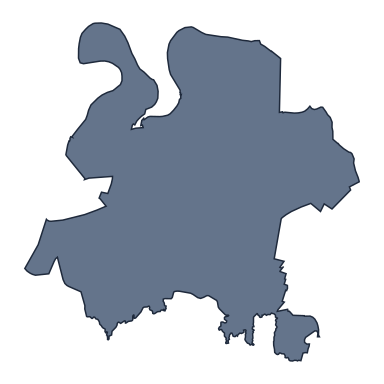 the district of Tlacojalpan, Veracruz, Mexico
{"feature_id": "50627088B3891560925219", "entity_name": "Tlacojalpan", "entity_type": "district", "adm_level": 2, "iso_a3": "MEX", "parent_name": "Mexico", "parent_adm1": "Veracruz", "projection": "natural_earth1", "projection_center": [-95.942, 18.194], "detail": "fine", "context": "isolated", "style": "filled", "palette": "slate", "viewbox_px": 384, "rotation_deg": 0, "n_neighbors": 0, "source": "geoboundaries", "source_scale": "gbopen_adm2", "svg_char_len": 5989}
<svg xmlns="http://www.w3.org/2000/svg" viewBox="0 0 384 384"><path d="M112.0,331.3L115.9,327.3L117.0,325.2L117.3,323.3L118.3,322.2L119.1,322.3L120.7,323.4L124.4,320.9L125.3,321.1L125.4,323.0L125.8,323.1L128.4,321.4L131.7,320.9L132.5,320.2L132.8,319.5L132.7,316.8L133.1,315.4L133.7,315.0L134.0,315.2L133.9,318.0L134.4,318.3L135.6,318.0L140.9,312.0L143.0,307.8L144.1,307.1L147.3,306.9L148.4,306.2L149.3,306.3L149.7,307.4L149.4,308.5L149.9,309.8L152.0,310.7L152.6,311.8L152.8,313.4L153.8,313.8L154.8,313.5L157.5,311.7L160.2,311.5L160.8,310.4L161.4,310.1L162.5,310.0L163.1,310.4L163.8,309.4L164.1,309.5L164.3,310.7L164.9,310.9L166.1,308.3L165.7,307.9L166.1,306.1L165.0,305.8L164.5,305.2L164.3,303.3L163.9,302.2L163.2,301.4L163.3,299.1L164.9,298.6L171.2,298.7L172.3,297.5L173.7,292.2L174.6,291.5L177.0,291.1L179.3,291.2L190.6,293.2L193.0,294.4L197.7,297.6L200.6,298.4L203.7,297.3L206.9,295.6L208.7,295.7L216.6,300.4L217.4,301.8L218.3,307.1L219.3,308.7L225.0,314.5L226.1,315.2L228.2,315.1L228.6,315.6L228.0,316.2L225.1,316.8L224.4,317.7L224.5,319.3L226.7,320.9L226.4,322.3L225.8,322.8L224.6,322.9L222.9,322.0L221.2,322.1L220.9,322.7L220.9,326.0L219.3,327.2L218.6,328.6L218.9,329.6L219.3,330.1L220.8,329.5L221.6,329.6L222.5,331.3L224.5,333.1L224.4,336.0L226.2,338.2L226.0,339.7L226.6,340.8L226.5,341.4L225.8,342.2L225.8,343.2L226.2,343.5L228.5,343.1L228.1,340.7L228.6,339.9L229.4,339.3L228.9,337.7L229.4,336.5L229.5,335.1L231.0,333.1L232.0,333.2L233.2,336.3L234.5,336.6L235.4,336.5L236.4,335.3L237.5,336.1L237.9,334.8L239.9,333.1L241.4,333.5L243.8,332.4L244.0,331.0L243.6,330.2L244.8,329.8L245.6,329.9L246.0,330.6L245.7,331.6L245.9,333.5L245.4,334.3L245.5,337.0L245.0,339.0L245.0,339.7L245.6,340.8L247.4,343.1L249.3,343.8L249.9,344.9L250.5,345.0L251.7,344.2L253.0,345.2L253.6,345.1L253.9,344.5L252.2,342.9L252.1,342.3L252.8,340.6L252.3,339.2L252.9,338.2L252.6,333.6L253.4,332.4L252.9,331.3L254.0,330.4L253.7,329.6L252.5,329.3L252.3,328.7L252.6,326.9L253.9,326.6L253.2,324.2L253.5,322.5L253.5,317.6L253.8,316.8L257.0,313.6L257.4,313.7L258.0,315.1L259.1,315.7L259.6,317.0L260.3,317.4L261.7,317.1L262.1,316.7L262.1,315.2L263.1,315.2L264.4,314.2L265.2,314.3L266.4,315.3L267.9,314.5L270.1,314.6L271.4,313.1L274.2,313.9L275.4,315.1L275.5,317.1L277.4,318.1L277.3,318.6L276.1,319.1L275.6,320.3L275.6,320.8L276.4,321.5L275.6,324.9L276.9,326.7L276.9,327.6L275.9,328.7L275.7,330.5L274.4,332.7L274.7,335.3L274.0,337.2L274.0,340.8L273.6,341.5L273.7,345.3L274.5,349.3L274.7,352.4L276.3,354.0L277.3,354.5L278.5,354.3L279.5,353.0L280.6,353.1L281.8,353.8L283.9,353.8L285.2,355.6L285.1,357.5L286.2,357.9L287.8,357.5L288.5,358.4L289.1,360.1L290.1,360.8L292.6,361.0L294.6,360.3L296.4,360.4L297.5,360.9L298.7,360.3L300.9,360.7L303.0,353.1L305.2,352.6L307.3,352.8L308.1,348.8L309.1,346.2L309.4,344.0L306.8,344.1L304.6,342.4L304.5,339.8L305.6,337.4L314.8,330.9L316.9,331.0L317.9,333.1L317.5,336.8L319.4,336.8L318.5,335.1L318.6,329.7L317.9,325.9L317.0,322.9L314.8,319.1L312.7,317.2L310.1,316.1L304.4,316.2L304.3,315.7L293.0,315.3L289.4,311.3L288.1,311.3L287.6,309.3L277.3,311.4L277.9,309.7L284.3,302.1L282.2,301.3L285.7,290.2L286.6,290.6L287.5,288.3L287.4,285.4L284.2,284.2L285.7,279.3L284.6,278.9L286.1,273.7L280.0,271.5L280.2,270.8L283.6,266.5L282.0,268.2L279.9,267.3L284.0,261.3L274.2,258.8L281.2,218.8L282.1,217.7L286.1,214.7L291.4,211.5L301.4,206.9L310.8,203.4L320.5,211.5L324.2,203.9L332.0,209.0L350.6,190.0L349.4,186.9L359.2,181.8L359.0,180.7L358.1,177.5L355.5,170.9L353.6,163.0L354.1,158.9L352.0,153.8L350.6,152.5L348.8,152.1L343.5,148.6L339.3,145.0L338.2,143.5L337.9,143.6L332.9,139.3L332.8,131.3L332.0,127.4L332.1,122.2L330.2,117.4L327.5,114.6L326.1,112.1L322.7,107.3L320.9,107.1L316.5,109.1L314.2,109.5L311.7,108.6L309.9,106.2L307.6,108.9L304.7,111.2L302.1,112.2L298.3,112.9L294.4,113.1L284.8,112.2L283.0,112.8L282.6,112.5L282.5,111.8L279.4,112.4L280.6,58.5L271.4,51.1L271.2,51.4L264.7,46.4L260.7,44.1L259.4,40.6L254.8,40.7L251.3,41.6L248.1,40.9L242.5,40.3L227.7,37.1L221.0,36.7L205.8,34.4L201.7,32.5L193.3,27.5L191.3,26.9L184.9,27.6L179.0,30.6L176.9,32.3L170.6,40.7L169.0,44.2L167.4,52.6L167.6,58.6L169.2,69.6L170.6,74.5L180.1,90.2L180.1,92.0L180.4,92.5L180.0,92.8L180.9,94.2L180.2,94.7L180.7,95.5L181.1,95.2L180.7,96.7L180.8,98.3L179.5,99.4L178.7,102.9L177.0,105.9L173.6,110.2L170.1,113.8L167.7,115.2L162.5,116.4L159.6,116.6L150.0,116.4L147.9,117.0L144.1,119.7L143.7,118.3L141.8,120.4L140.8,125.6L142.4,125.1L143.2,127.6L135.7,128.2L131.4,129.4L132.3,125.3L133.3,124.0L134.8,124.9L136.7,121.2L138.6,119.0L141.3,116.4L144.7,113.9L145.8,109.4L151.7,107.1L154.7,104.4L156.3,101.9L157.8,98.3L158.1,91.3L157.0,85.4L153.6,79.8L152.1,79.4L150.0,78.0L144.0,72.1L139.9,69.0L137.6,65.2L134.8,58.8L131.9,53.5L127.9,42.7L124.7,36.1L119.9,29.3L107.9,24.1L101.3,23.0L95.0,23.2L93.1,23.6L88.6,26.4L85.6,29.3L82.0,33.4L80.4,37.4L79.2,43.6L78.6,48.6L78.5,58.2L80.2,62.8L83.5,63.7L100.2,61.1L104.7,61.0L108.8,61.8L112.5,63.3L118.5,67.4L120.1,69.4L121.6,72.7L122.0,76.0L122.0,80.7L120.4,84.6L113.0,90.6L107.4,92.4L102.1,95.0L97.8,98.2L91.0,104.9L88.6,110.2L87.3,115.1L85.7,119.4L77.7,129.2L72.0,136.6L72.5,137.4L70.7,136.8L70.0,138.4L70.0,139.8L69.5,141.2L69.0,141.0L67.7,144.9L65.9,154.6L66.3,155.6L84.9,178.6L84.5,179.6L89.0,178.1L112.5,176.4L112.4,178.9L111.3,183.9L107.8,193.5L101.5,192.2L99.1,198.1L100.2,198.9L106.1,206.2L96.9,210.1L84.7,214.6L62.8,220.1L51.0,221.3L49.1,221.1L47.0,220.0L46.4,219.3L38.2,244.7L24.8,268.5L27.1,271.1L30.0,273.1L32.4,274.3L35.4,275.2L48.8,273.8L54.1,261.5L55.6,258.7L57.4,257.2L63.1,279.6L64.9,283.5L66.9,285.4L68.6,286.4L81.0,291.8L84.9,305.7L84.8,309.0L86.6,316.4L87.2,316.8L89.9,316.7L91.8,318.4L92.4,318.4L93.7,317.1L94.7,317.2L95.8,318.8L97.8,319.4L99.3,321.7L99.7,324.0L100.0,324.5L101.2,325.5L102.1,327.0L103.2,328.1L104.9,328.9L105.2,329.5L105.0,331.5L105.7,332.8L106.2,332.8L106.6,331.9L107.4,332.2L106.6,335.0L107.4,335.7L107.3,336.9L107.7,337.5L107.5,339.3L108.1,339.8L109.0,339.0L109.0,336.2L111.6,335.0L112.0,331.3Z" fill="#64748b" stroke="#1e293b" stroke-width="1.5"/></svg>